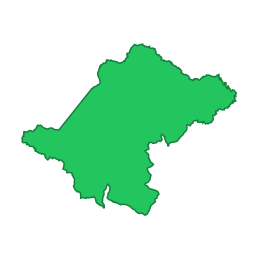 the district of Páez, Cauca, Colombia, rotated 276°
{"feature_id": "7082276B49685507148696", "entity_name": "Páez", "entity_type": "district", "adm_level": 2, "iso_a3": "COL", "parent_name": "Colombia", "parent_adm1": "Cauca", "projection": "albers", "projection_center": [-75.976, 2.736], "detail": "fine", "context": "isolated", "style": "filled", "palette": "green", "viewbox_px": 256, "rotation_deg": 276, "n_neighbors": 0, "source": "geoboundaries", "source_scale": "gbopen_adm2", "svg_char_len": 5888}
<svg xmlns="http://www.w3.org/2000/svg" viewBox="0 0 256 256"><g transform="rotate(276 128 128)"><path d="M192.0,111.0L192.6,110.2L193.0,107.5L192.8,106.0L193.8,103.9L193.1,103.4L193.0,102.9L193.6,100.1L193.2,99.5L192.3,99.7L191.6,99.2L190.8,99.2L189.7,98.0L190.0,97.5L189.9,96.6L188.7,96.1L188.1,94.7L187.4,94.4L186.9,93.7L186.3,93.7L186.1,94.1L185.1,93.4L184.7,93.6L183.0,92.8L181.6,93.0L180.2,92.1L177.2,92.5L174.2,94.3L173.5,94.7L172.7,94.6L172.3,95.1L170.6,95.5L168.9,95.2L168.3,94.6L167.8,93.2L166.8,92.8L164.8,89.3L164.0,89.1L163.5,88.0L118.7,59.4L118.8,54.6L119.3,54.1L120.0,52.6L119.7,50.1L118.6,48.8L118.7,46.8L119.6,43.6L121.6,41.1L121.1,39.5L121.4,38.1L120.9,37.6L117.1,36.3L116.4,34.9L114.6,34.1L114.4,33.3L115.1,32.1L115.3,31.0L114.9,29.7L113.5,28.5L113.5,27.1L113.1,26.1L113.6,25.4L113.4,24.9L112.7,24.7L110.9,25.2L109.7,24.6L108.9,25.2L108.1,24.0L106.7,23.7L105.3,24.2L103.6,24.2L102.9,24.5L102.4,25.5L102.9,28.6L102.3,29.4L101.5,28.8L100.9,28.9L101.0,31.0L99.6,32.1L99.7,35.6L98.3,36.5L97.7,38.4L96.9,38.5L96.4,37.6L95.3,38.3L95.2,39.4L93.8,41.9L93.5,44.0L93.0,45.1L93.5,46.5L92.7,48.2L91.7,48.2L89.7,49.2L87.9,51.6L89.4,52.8L90.7,53.1L91.0,53.7L89.6,55.9L90.1,56.7L90.8,57.0L90.7,58.2L89.6,60.2L89.2,62.1L88.3,62.7L89.1,64.3L89.1,65.4L88.2,65.9L87.2,67.4L86.1,68.2L82.2,68.1L81.1,67.6L80.3,67.7L79.6,71.3L77.0,72.0L77.5,73.4L77.6,75.9L77.3,76.9L75.0,77.6L74.8,78.1L73.0,79.0L71.7,80.2L67.9,80.3L66.6,80.7L64.7,79.9L63.8,80.1L61.4,81.6L59.4,83.8L59.1,85.0L59.5,86.2L59.4,86.7L56.9,87.9L53.2,88.3L54.1,90.4L53.6,93.7L54.8,95.0L54.4,96.1L55.2,98.8L55.0,99.6L55.4,100.4L56.2,100.8L56.2,101.5L54.5,102.9L50.6,104.3L48.2,108.2L47.7,111.2L46.3,111.8L46.0,112.4L46.4,112.7L48.4,112.4L49.4,112.0L51.7,110.0L53.0,110.4L53.7,110.0L55.2,110.3L56.2,110.0L58.9,111.0L60.9,110.9L62.3,110.5L63.7,111.1L64.4,112.1L69.1,113.2L70.0,114.3L67.8,115.7L67.4,116.4L66.7,116.6L65.8,116.0L63.8,116.4L62.0,115.8L60.8,114.9L58.9,115.3L57.5,114.6L56.1,114.8L54.6,116.7L54.2,119.5L53.7,119.6L53.8,120.4L53.1,120.6L52.6,121.6L53.1,122.7L52.7,122.7L52.3,123.8L52.6,125.2L51.5,126.6L51.4,127.9L50.9,128.7L51.4,129.7L51.7,133.7L51.2,135.7L50.0,138.5L48.0,141.0L47.3,143.3L45.5,145.0L44.4,147.1L44.2,148.6L44.8,150.9L43.1,153.8L43.7,155.3L44.7,156.3L46.2,156.7L48.3,157.9L49.8,158.0L53.6,159.1L57.5,163.0L59.0,162.2L60.0,162.1L61.3,164.1L63.3,164.2L65.4,165.7L67.3,164.9L68.6,162.9L70.0,155.8L70.8,154.6L72.2,153.6L73.3,150.8L74.2,150.8L75.2,151.5L75.3,152.4L76.3,153.7L77.7,154.4L78.3,155.1L83.3,155.7L83.9,155.6L84.9,154.1L86.7,152.7L88.8,151.6L90.3,151.5L92.2,155.3L94.3,157.1L95.0,156.6L96.5,154.1L99.9,152.2L100.3,151.6L103.3,151.4L104.6,150.6L105.4,149.0L107.1,147.3L109.2,151.0L110.9,150.6L113.0,149.2L113.5,150.1L114.0,149.9L114.7,150.5L115.7,150.4L116.2,152.8L115.4,154.1L115.4,155.4L116.2,156.7L116.3,157.8L118.4,159.3L118.5,160.4L118.0,161.1L118.0,161.7L119.7,163.1L121.5,162.6L122.9,161.8L124.0,161.7L124.4,162.2L125.3,162.3L124.5,163.9L123.0,164.9L122.9,165.5L121.6,165.6L118.0,167.3L116.4,169.2L114.6,169.3L114.3,169.8L114.7,170.3L116.3,170.3L117.2,170.9L118.4,172.8L118.4,174.0L120.0,178.2L124.9,181.4L126.9,183.3L128.4,183.9L132.0,186.5L134.9,186.6L136.5,186.0L137.3,186.2L137.7,186.8L136.8,188.4L136.9,189.8L138.9,190.5L139.7,192.1L141.6,192.2L142.5,193.8L142.2,195.5L143.1,196.4L141.2,196.7L141.1,198.8L141.6,201.3L140.7,201.9L141.9,202.2L142.2,202.9L140.1,204.8L140.8,205.9L140.6,207.2L141.5,208.3L142.4,210.5L143.7,210.6L144.1,211.5L145.9,211.9L148.1,211.2L149.4,211.2L149.4,212.5L151.4,214.5L152.1,213.4L152.7,214.0L153.9,213.5L154.5,215.7L156.2,216.0L156.7,216.9L156.0,218.4L156.0,221.7L157.8,222.3L158.5,225.3L159.6,225.5L160.0,226.7L161.1,226.3L161.6,226.6L162.2,227.5L163.9,228.5L163.7,229.6L165.8,229.3L165.6,230.0L164.7,230.2L165.0,230.6L166.2,230.8L165.8,231.4L166.0,232.3L166.3,232.3L166.4,231.7L167.2,230.9L168.2,231.5L168.8,230.8L171.1,230.2L171.3,230.4L170.5,231.5L170.5,232.0L172.8,231.5L173.9,232.1L176.7,229.4L176.8,227.9L175.5,227.6L175.2,227.2L175.4,226.7L178.2,224.7L178.2,224.0L177.4,223.1L177.6,222.4L178.4,222.1L178.2,223.4L178.6,223.8L180.0,223.6L180.3,223.2L179.0,222.0L179.1,221.1L180.2,220.6L181.6,221.0L182.3,220.6L182.9,220.8L183.3,220.4L183.2,219.2L181.9,219.9L181.2,219.7L180.8,219.0L181.1,218.4L182.1,217.7L184.2,217.0L184.8,216.0L185.7,216.0L185.9,215.3L185.5,214.4L186.0,213.9L186.6,214.0L186.6,215.2L187.2,215.3L187.7,212.8L188.6,212.6L188.9,213.1L189.3,213.2L190.7,212.7L189.2,210.4L188.1,209.9L187.9,209.0L188.2,207.7L188.0,205.8L189.1,203.3L188.8,202.1L189.0,200.6L188.2,200.5L187.6,200.0L187.4,198.9L186.8,198.3L187.2,197.6L186.3,196.6L185.6,196.5L185.3,195.7L183.6,194.7L182.9,193.5L184.1,192.4L184.1,191.2L183.9,190.7L184.2,189.8L184.1,189.5L183.4,189.4L183.3,188.3L182.8,188.5L182.1,187.7L182.1,187.2L182.7,186.6L182.6,185.7L182.9,184.7L183.2,184.3L183.7,184.2L183.5,183.6L184.5,183.6L185.6,183.0L186.4,181.9L186.7,180.7L187.3,180.0L186.8,179.4L186.9,178.1L187.5,177.6L187.3,176.7L188.9,175.6L188.8,175.0L190.3,175.4L192.1,173.6L192.5,172.1L193.3,172.0L192.8,171.1L194.6,168.9L194.3,168.3L195.2,166.9L195.3,165.9L196.1,165.8L196.4,165.2L197.3,164.8L196.5,164.1L198.5,163.5L198.4,162.2L199.1,161.9L198.3,160.1L198.5,157.9L199.0,157.3L198.4,156.6L199.2,156.1L199.1,154.1L200.3,153.8L201.2,154.3L202.0,153.6L203.0,152.0L204.0,151.2L204.0,149.7L205.0,147.8L206.4,147.9L207.3,147.6L208.0,146.8L209.5,146.6L210.1,143.9L209.7,142.8L209.8,141.6L210.5,140.6L211.4,140.9L211.0,139.8L210.4,139.4L210.5,138.2L211.2,137.4L210.8,136.0L211.5,135.5L211.8,134.3L212.8,134.0L212.9,133.7L212.1,131.0L211.3,129.9L210.8,127.9L211.4,127.3L211.8,125.8L207.5,122.5L206.7,122.6L205.0,121.7L203.2,121.9L202.5,120.5L202.4,119.7L201.2,118.9L200.7,119.0L200.0,119.9L198.9,120.5L198.4,119.4L197.6,119.4L196.2,118.3L195.0,118.1L194.5,117.1L193.7,117.5L193.3,116.1L192.7,115.6L192.2,114.2L191.5,113.6L192.0,111.0Z" fill="#22c55e" stroke="#15803d" stroke-width="1.5"/></g></svg>